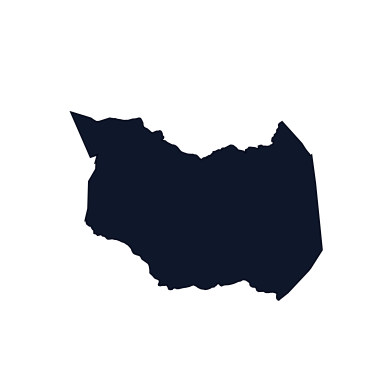 the district of San José Lachiguiri, Oaxaca, Mexico, rotated 112°
{"feature_id": "50627088B89681862537656", "entity_name": "San José Lachiguiri", "entity_type": "district", "adm_level": 2, "iso_a3": "MEX", "parent_name": "Mexico", "parent_adm1": "Oaxaca", "projection": "mercator", "projection_center": [-96.341, 16.394], "detail": "fine", "context": "isolated", "style": "filled", "palette": "ink", "viewbox_px": 384, "rotation_deg": 112, "n_neighbors": 0, "source": "geoboundaries", "source_scale": "gbopen_adm2", "svg_char_len": 5980}
<svg xmlns="http://www.w3.org/2000/svg" viewBox="0 0 384 384"><g transform="rotate(112 192 192)"><path d="M285.0,195.5L285.7,193.7L285.6,191.3L285.9,189.3L286.6,188.8L288.0,188.3L289.2,188.4L290.2,188.4L290.9,187.9L290.7,186.4L289.9,185.2L289.3,184.1L288.6,182.2L288.0,181.5L287.8,180.1L288.6,179.3L289.1,178.4L290.6,177.3L290.7,176.4L290.4,175.3L289.5,173.9L288.7,174.0L287.9,172.9L286.9,171.9L287.3,170.4L286.3,168.0L285.7,167.2L284.6,165.7L283.4,163.9L283.2,163.6L282.9,163.0L282.5,162.2L280.8,159.8L280.2,158.9L279.1,158.0L277.5,156.1L277.3,155.4L277.4,154.1L277.5,152.3L277.9,151.2L278.0,150.1L278.2,148.4L278.1,146.9L277.7,145.7L277.3,143.4L276.4,141.6L275.3,140.3L273.8,138.8L272.9,138.4L271.7,136.1L270.9,135.8L269.4,134.8L267.8,134.4L266.9,133.2L266.8,132.4L267.9,130.6L267.9,129.5L267.3,128.9L266.2,127.8L265.7,127.0L265.0,125.6L264.5,124.5L264.0,123.5L262.2,120.8L260.1,118.3L259.0,117.3L257.2,115.5L256.4,114.0L255.7,113.4L253.9,112.0L253.3,109.1L253.9,105.9L254.6,104.3L255.5,103.6L256.3,103.4L257.1,102.1L257.2,101.3L257.3,100.2L256.6,98.2L256.5,97.4L257.2,96.3L258.9,94.8L259.2,93.1L258.7,92.2L258.2,91.0L257.7,89.8L257.0,88.5L257.4,86.4L257.1,85.0L256.7,84.3L256.3,83.2L255.5,82.0L255.0,80.8L254.4,79.6L254.0,77.7L254.1,76.4L254.1,75.9L253.9,76.0L254.1,75.1L256.4,74.5L258.3,73.8L259.2,73.0L259.7,71.7L259.7,71.1L258.4,70.5L249.4,65.4L221.0,54.4L218.8,53.8L218.2,53.6L197.0,49.7L137.7,80.9L128.9,85.9L112.9,95.0L113.3,95.3L113.9,96.7L113.0,97.3L111.8,99.6L110.3,102.2L108.8,104.4L106.0,108.3L93.1,134.8L94.8,135.9L95.5,136.4L96.5,136.8L97.3,136.8L97.9,136.5L98.8,135.9L99.9,135.6L100.8,135.8L101.6,136.2L102.5,136.5L103.1,136.4L103.7,136.0L104.7,135.8L105.3,135.8L106.0,135.9L106.7,136.2L107.4,136.6L107.8,136.9L108.2,137.0L108.6,136.8L109.1,136.3L109.6,136.3L110.2,136.7L110.7,137.1L111.2,137.4L111.5,137.6L111.8,137.7L112.1,137.6L112.9,137.5L113.9,137.3L114.6,137.1L114.9,136.9L115.1,136.7L115.0,136.4L114.8,136.0L114.7,135.7L114.8,135.4L115.4,135.2L116.1,135.0L116.6,134.8L117.0,134.8L117.5,135.0L117.9,135.3L118.6,135.8L119.0,136.4L119.3,136.7L119.8,136.6L120.4,137.2L121.6,139.0L122.2,141.1L123.2,143.6L122.7,144.8L123.4,146.3L124.6,147.6L125.2,147.3L126.2,146.5L127.3,147.4L127.5,148.4L127.5,150.4L127.9,151.5L128.3,153.0L128.8,154.7L129.4,155.9L131.3,156.4L132.1,157.2L132.8,158.0L133.7,157.8L135.1,156.9L135.5,157.0L135.5,157.7L135.3,158.5L135.0,159.5L135.2,160.9L135.4,162.3L136.0,164.6L135.4,166.1L134.5,167.8L134.0,169.9L133.6,171.3L134.1,173.6L135.0,174.5L136.7,175.9L137.9,176.9L138.5,177.5L139.0,177.9L139.4,178.3L139.5,178.9L139.6,179.2L139.9,179.4L140.1,179.6L140.1,179.9L140.1,180.2L140.3,180.3L140.4,180.2L140.7,179.9L140.9,179.9L141.0,180.1L141.1,180.4L141.1,180.6L141.5,180.6L142.0,180.6L142.3,180.7L142.4,180.8L142.4,181.1L142.4,181.4L142.6,181.7L142.8,182.1L143.0,182.4L142.9,182.8L142.9,183.0L143.2,183.3L143.5,183.6L143.7,183.8L143.9,184.0L144.2,184.1L144.4,184.2L144.5,184.5L144.8,184.8L145.3,185.0L145.7,185.4L145.9,185.8L146.0,186.1L146.3,186.3L146.6,186.7L146.6,187.0L146.7,187.3L146.9,187.3L147.1,187.2L147.3,187.1L147.5,187.2L147.8,187.1L148.1,186.9L148.3,187.0L148.5,187.2L148.5,187.3L148.8,187.3L149.0,187.5L149.4,187.7L149.6,188.0L149.9,188.1L150.3,188.1L150.6,188.0L150.9,188.3L151.1,188.4L151.3,188.4L151.4,188.7L151.4,188.9L151.7,189.0L151.9,189.2L152.1,189.8L152.3,190.2L152.6,190.3L153.1,190.6L153.5,190.6L153.6,190.8L153.7,191.0L153.9,190.9L154.2,190.9L154.2,191.1L154.2,191.5L154.3,191.8L154.5,191.8L154.6,191.6L154.9,191.5L155.1,191.6L155.2,191.9L155.4,192.3L155.4,192.5L155.5,192.9L155.7,193.3L156.1,193.9L156.3,194.1L157.4,194.7L158.1,194.9L158.5,195.5L158.5,196.1L158.4,196.8L157.9,198.2L157.5,198.9L157.2,199.4L156.9,200.1L156.6,201.0L156.4,201.8L156.5,202.7L157.0,204.2L156.9,205.1L157.1,205.9L157.4,206.3L157.9,207.7L158.2,208.9L158.6,209.9L158.8,211.7L158.9,213.5L159.0,215.0L158.9,217.0L158.4,218.4L157.9,219.3L157.3,220.5L156.8,221.1L156.2,222.3L155.9,223.2L155.6,224.1L155.4,225.5L155.5,226.4L155.6,226.9L155.9,227.6L155.9,229.2L155.6,232.8L155.4,234.0L155.2,234.6L154.8,235.6L154.8,236.6L155.1,237.4L155.3,238.1L155.3,239.3L154.9,239.9L154.3,239.4L153.8,239.1L153.1,238.7L152.7,238.7L152.1,238.8L151.6,239.0L151.3,239.4L151.2,240.0L151.0,240.5L150.5,241.0L150.1,241.3L149.6,241.3L149.2,241.5L148.6,242.1L147.8,242.9L147.4,243.5L147.3,244.0L147.5,244.7L147.5,245.0L148.6,246.1L148.8,247.3L150.2,248.8L151.2,249.8L152.0,250.6L152.3,251.6L152.2,251.8L151.9,253.0L151.7,253.5L151.3,254.4L150.8,256.1L150.4,257.2L150.4,259.0L150.4,259.3L150.1,260.0L150.2,260.6L150.0,261.0L149.5,261.6L148.9,262.2L148.2,262.8L147.3,263.1L147.1,263.2L146.1,263.9L145.6,264.4L145.1,265.0L144.2,266.0L143.3,267.2L143.2,267.8L143.4,268.7L144.0,269.6L144.4,270.1L144.9,270.7L145.7,272.0L145.8,272.2L146.8,274.3L148.4,276.3L149.1,277.3L149.6,277.8L150.5,280.1L151.2,281.3L151.7,283.5L151.8,283.9L151.9,285.0L152.2,286.4L152.8,288.5L152.8,290.4L153.3,291.4L153.6,292.4L154.1,294.3L154.4,295.9L161.6,304.6L162.7,307.1L162.2,310.5L161.5,313.3L163.3,334.3L194.0,303.0L197.8,299.2L192.9,293.6L201.3,292.7L200.5,291.9L206.8,289.7L220.8,291.7L246.4,282.2L258.1,280.4L258.7,280.2L258.5,279.9L258.5,279.4L258.5,278.7L259.7,278.6L261.0,277.6L261.9,274.4L261.3,273.1L262.4,271.8L263.0,271.2L263.9,269.8L263.9,268.8L267.0,267.3L266.9,266.4L266.6,265.2L267.5,263.3L266.3,261.6L265.5,261.0L265.6,259.8L266.2,258.0L265.6,257.0L266.0,255.3L266.4,254.5L267.1,253.0L267.0,252.2L266.5,251.1L266.1,250.3L265.5,249.4L264.9,248.0L264.8,246.6L264.5,245.3L264.1,244.1L264.1,242.3L264.0,241.1L264.2,239.2L264.2,238.0L264.1,236.8L264.1,235.2L264.6,233.5L264.9,231.4L265.4,230.3L266.6,227.9L267.4,226.5L268.3,226.0L269.4,224.8L270.5,223.4L270.8,221.7L270.7,220.5L270.7,219.3L270.4,217.3L270.5,216.4L271.0,215.3L271.8,214.3L272.6,213.5L273.1,212.1L273.3,211.1L273.7,209.5L274.0,208.0L274.6,205.9L275.4,204.7L276.8,203.6L278.0,202.8L280.6,201.4L282.7,200.6L283.1,199.6L283.5,198.9L283.9,197.4L285.0,195.5Z" fill="#0f172a" stroke="#020617" stroke-width="1.5"/></g></svg>